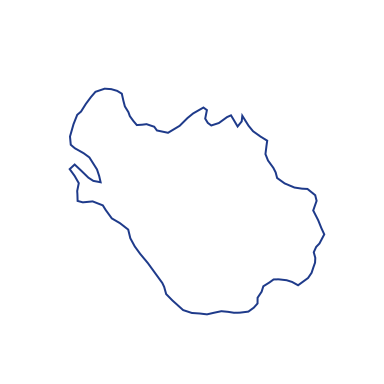 Kythrea, Cyprus, rotated 234°
{"feature_id": "46923920B79735080950655", "entity_name": "Kythrea", "entity_type": "district", "adm_level": 2, "iso_a3": "CYP", "parent_name": "Cyprus", "parent_adm1": "", "projection": "natural_earth1", "projection_center": [33.485, 35.259], "detail": "fine", "context": "isolated", "style": "outline", "palette": "blue", "viewbox_px": 384, "rotation_deg": 234, "n_neighbors": 0, "source": "geoboundaries", "source_scale": "gbopen_adm2", "svg_char_len": 1618}
<svg xmlns="http://www.w3.org/2000/svg" viewBox="0 0 384 384"><g transform="rotate(234 192 192)"><path d="M189.3,283.0L196.6,280.0L205.3,277.1L212.4,276.7L224.1,277.5L219.9,273.7L218.2,267.4L226.6,268.2L231.1,268.6L232.0,264.4L232.0,254.3L234.5,246.7L238.6,245.4L243.6,245.8L249.5,252.2L253.6,250.9L254.9,239.1L254.5,231.9L252.8,220.9L254.0,207.4L262.4,199.8L267.0,199.8L270.5,197.3L273.6,195.1L275.7,191.3L278.6,186.7L284.0,186.3L289.9,186.3L294.0,187.5L300.7,188.0L306.1,190.1L312.8,193.0L317.8,190.9L320.0,189.2L322.7,187.1L326.9,182.1L329.8,172.8L328.2,166.0L325.7,158.0L322.3,149.5L321.9,144.5L316.5,136.0L308.6,125.9L301.5,121.7L298.4,122.4L296.1,123.0L286.9,127.2L280.3,129.3L266.1,128.4L259.5,126.3L253.6,123.8L259.0,118.7L264.5,116.6L274.4,114.9L283.2,113.2L282.4,106.5L274.0,106.5L265.7,105.6L260.3,99.7L257.6,98.0L252.0,94.2L247.8,97.6L242.8,106.1L233.6,112.0L228.2,111.6L217.8,111.6L209.1,115.4L199.1,118.3L190.8,114.9L181.6,113.7L172.4,113.7L160.4,114.5L145.4,114.5L135.8,114.5L131.6,113.7L124.6,111.1L115.8,112.4L101.7,115.4L94.2,120.8L89.2,126.8L84.2,132.2L81.3,139.0L78.3,145.7L73.8,150.8L69.6,155.0L66.3,159.7L62.1,167.3L62.1,174.0L63.3,179.5L67.9,182.9L70.4,189.7L73.8,194.3L73.3,201.5L73.3,206.6L70.4,210.8L65.0,216.7L60.4,220.1L54.2,223.0L54.2,228.9L54.2,235.3L56.3,241.2L59.6,245.8L62.5,250.0L66.2,253.0L71.7,255.1L74.6,260.2L75.4,264.8L80.0,274.1L86.6,275.4L95.0,277.5L105.8,279.2L111.6,287.6L117.0,289.8L126.6,287.2L130.0,283.0L135.4,277.5L144.5,272.0L153.3,269.1L158.7,271.2L163.7,272.0L172.8,272.0L179.5,273.7L185.8,279.6L189.3,283.0Z" fill="none" stroke="#1e3a8a" stroke-width="2"/></g></svg>